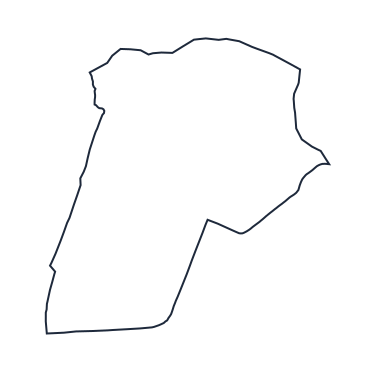 Shubra Al-Khayma 2, Al Qalyubiyah, Egypt (Robinson projection), rotated 6°
{"feature_id": "37247803B84983151070332", "entity_name": "Shubra Al-Khayma 2", "entity_type": "district", "adm_level": 2, "iso_a3": "EGY", "parent_name": "Egypt", "parent_adm1": "Al Qalyubiyah", "projection": "robinson", "projection_center": [31.287, 30.135], "detail": "fine", "context": "isolated", "style": "outline", "palette": "slate", "viewbox_px": 384, "rotation_deg": 6, "n_neighbors": 0, "source": "geoboundaries", "source_scale": "gbopen_adm2", "svg_char_len": 2458}
<svg xmlns="http://www.w3.org/2000/svg" viewBox="0 0 384 384"><g transform="rotate(6 192 192)"><path d="M325.5,150.0L321.0,144.4L318.0,140.6L315.7,137.7L312.8,136.7L306.5,134.3L304.4,133.1L300.3,130.8L295.7,128.2L291.8,122.2L289.0,117.9L288.0,112.2L286.7,105.1L286.2,102.3L284.9,97.6L283.7,90.7L283.3,88.8L283.3,83.6L285.5,76.6L286.3,74.1L286.7,72.1L286.7,66.5L286.7,63.5L286.7,58.8L285.0,58.1L277.2,54.8L270.9,52.2L259.9,47.7L258.3,47.0L254.1,45.8L241.9,42.8L236.5,41.4L223.2,37.1L213.5,36.4L210.1,36.1L202.6,37.9L189.7,37.8L182.6,39.3L178.0,40.3L173.3,43.9L167.9,48.0L158.0,55.7L147.0,56.5L141.7,57.5L138.6,58.1L134.4,59.8L126.1,56.4L116.0,56.5L114.4,56.6L106.0,57.2L98.4,64.8L94.2,72.5L79.2,82.8L77.8,83.8L80.1,87.3L80.7,89.7L81.9,92.4L82.2,95.5L83.2,97.6L85.2,99.5L84.6,101.7L85.0,103.7L85.5,105.6L85.7,107.8L85.6,110.1L85.7,111.9L85.8,113.5L86.0,115.2L87.5,115.7L89.5,117.5L91.0,118.3L93.8,118.3L95.3,119.0L96.3,120.5L96.2,122.7L94.8,124.7L93.0,131.1L91.1,138.8L89.9,142.1L89.0,145.8L85.9,160.4L84.7,169.3L83.8,177.4L82.2,183.2L79.5,190.1L80.5,196.8L78.2,207.1L75.9,216.8L72.9,230.5L71.0,235.8L68.8,245.0L66.5,254.0L62.7,267.7L60.0,276.0L59.6,277.2L58.5,280.1L64.2,285.5L63.7,288.0L62.4,296.1L61.0,304.2L59.7,316.2L59.4,318.4L59.7,324.0L59.2,327.2L59.6,330.9L60.1,336.0L62.4,347.9L69.0,346.9L79.4,345.3L91.2,342.8L108.0,340.6L114.0,339.7L122.7,338.4L127.8,337.5L140.8,335.4L154.7,333.1L166.4,330.8L168.4,330.1L172.9,328.0L175.0,326.8L177.5,325.3L177.9,324.9L179.1,323.5L180.7,322.3L181.7,320.0L181.7,319.9L183.2,317.3L184.0,315.6L184.7,312.7L185.2,310.4L185.8,307.3L186.8,303.9L187.2,302.2L188.7,297.6L190.5,291.4L193.0,282.6L195.4,274.1L197.7,265.2L198.9,260.3L201.6,250.2L206.7,231.7L208.8,223.5L210.4,218.0L220.9,220.8L236.6,226.0L239.7,227.0L243.2,228.1L244.5,228.1L244.9,228.1L246.6,227.8L248.1,227.0L250.5,225.4L252.9,223.5L254.4,222.1L255.9,220.5L257.3,219.2L258.7,217.9L259.8,216.9L262.3,214.6L263.6,213.2L264.9,211.9L266.4,210.3L268.5,208.0L272.1,204.4L273.9,202.7L276.3,200.3L277.4,199.3L279.5,197.2L280.9,195.9L282.8,194.2L283.9,193.1L285.8,191.3L288.5,188.4L288.9,188.0L289.3,187.5L290.9,186.1L292.2,185.1L293.9,183.7L295.7,181.9L297.6,178.9L298.1,176.1L298.4,174.3L299.3,170.8L300.3,167.9L301.3,166.2L302.4,164.6L303.2,163.4L304.2,162.3L305.8,161.0L307.8,159.2L309.5,157.6L311.7,155.2L313.5,153.3L315.2,152.1L317.0,151.1L318.8,150.4L321.0,150.1L322.3,150.0L325.3,150.0L325.5,150.0Z" fill="none" stroke="#1e293b" stroke-width="2"/></g></svg>